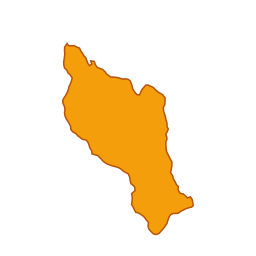 Suzano, São Paulo, Brazil (Albers equal-area conic projection), rotated 145°
{"feature_id": "56859067B65959534895327", "entity_name": "Suzano", "entity_type": "district", "adm_level": 2, "iso_a3": "BRA", "parent_name": "Brazil", "parent_adm1": "São Paulo", "projection": "albers", "projection_center": [-46.312, -23.613], "detail": "fine", "context": "isolated", "style": "filled", "palette": "amber", "viewbox_px": 256, "rotation_deg": 145, "n_neighbors": 0, "source": "geoboundaries", "source_scale": "gbopen_adm2", "svg_char_len": 2213}
<svg xmlns="http://www.w3.org/2000/svg" viewBox="0 0 256 256"><g transform="rotate(145 128 128)"><path d="M80.3,131.6L80.5,135.3L81.6,137.7L82.6,139.9L83.4,142.8L84.1,146.9L85.6,149.4L86.9,151.7L88.8,152.9L92.7,152.0L94.9,151.3L97.1,150.0L99.7,148.5L101.5,150.2L101.9,153.1L101.7,157.3L100.3,160.9L99.2,165.2L100.0,167.9L101.9,169.8L104.2,171.0L106.5,174.0L108.3,175.9L110.2,177.6L112.9,179.8L114.6,184.5L114.5,187.2L115.3,190.7L116.8,192.8L118.4,195.2L118.4,198.5L117.5,202.0L120.0,204.3L121.1,201.1L123.7,201.1L123.8,204.2L123.1,206.8L122.3,209.8L122.7,212.4L122.5,215.0L122.4,218.2L121.9,221.3L123.3,223.3L124.7,226.0L127.0,227.8L129.3,229.3L129.5,232.1L133.4,230.7L135.5,228.0L137.2,225.1L139.0,223.0L140.8,221.0L142.9,218.9L144.4,216.5L145.6,213.5L144.9,210.6L145.6,207.6L144.9,204.9L145.0,201.0L148.0,198.5L150.2,197.0L152.4,195.9L154.4,194.0L158.1,191.6L160.9,190.2L163.6,189.2L165.8,187.9L167.0,185.8L167.8,181.8L169.4,178.7L171.1,177.1L172.6,174.2L173.4,171.1L173.4,167.9L173.6,165.2L174.1,162.2L175.7,159.6L175.5,156.6L173.9,153.5L173.6,150.5L172.6,147.3L171.7,144.6L169.4,142.6L169.0,139.5L169.5,136.9L170.6,134.0L170.9,130.0L172.3,127.4L170.5,125.2L168.5,122.5L167.9,118.7L167.4,114.7L165.9,110.9L164.7,109.0L162.3,105.6L160.5,103.5L158.8,101.5L157.6,99.1L156.2,94.2L154.1,90.5L154.8,86.7L156.2,84.1L157.5,80.7L156.8,78.4L156.3,76.1L158.1,72.7L162.6,72.2L164.4,68.5L167.3,65.0L169.0,63.2L169.3,59.2L170.1,54.5L168.4,52.8L167.2,50.2L165.8,46.2L165.8,42.7L165.4,38.9L168.0,35.9L168.9,33.3L168.6,30.3L167.9,26.6L165.8,24.4L162.9,23.9L160.4,24.4L157.3,25.2L154.6,26.0L150.5,27.7L147.9,29.8L145.2,31.7L142.5,32.6L139.8,31.9L137.4,30.3L135.1,29.3L132.5,29.6L129.8,29.1L126.6,28.6L123.7,27.7L121.2,26.7L119.1,27.0L117.5,30.1L116.4,32.7L116.4,35.9L119.3,36.5L119.9,39.7L120.6,42.3L122.8,44.8L122.4,48.8L120.4,51.2L120.8,53.8L120.2,57.3L120.0,60.2L118.8,63.3L118.7,67.0L116.7,68.9L113.8,71.8L111.5,75.0L111.1,78.5L110.5,82.8L110.0,86.2L108.2,89.9L106.5,92.7L104.9,95.0L102.8,96.2L101.4,98.4L100.7,101.2L98.2,102.4L95.6,104.0L95.2,106.9L93.8,108.7L92.7,111.2L91.7,114.2L90.4,117.0L89.9,119.3L88.9,121.9L87.2,124.7L84.5,126.0L82.6,128.3L80.3,131.6Z" fill="#f59e0b" stroke="#b45309" stroke-width="1.5"/></g></svg>